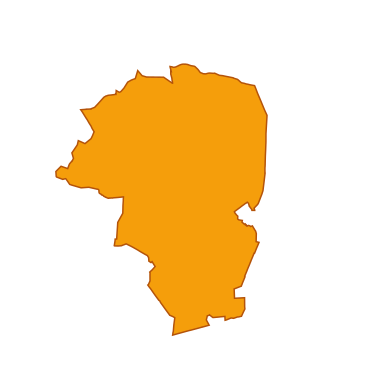 Virbu pag., Talsi, Latvia, rotated 239°
{"feature_id": "27541924B43338172506229", "entity_name": "Virbu pag.", "entity_type": "district", "adm_level": 2, "iso_a3": "LVA", "parent_name": "Latvia", "parent_adm1": "Talsi", "projection": "orthographic", "projection_center": [22.631, 57.128], "detail": "fine", "context": "isolated", "style": "filled", "palette": "amber", "viewbox_px": 384, "rotation_deg": 239, "n_neighbors": 0, "source": "geoboundaries", "source_scale": "gbopen_adm2", "svg_char_len": 5484}
<svg xmlns="http://www.w3.org/2000/svg" viewBox="0 0 384 384"><g transform="rotate(239 192 192)"><path d="M282.2,272.6L282.2,272.3L282.5,271.8L283.2,270.7L284.5,268.9L285.0,268.1L285.3,267.5L285.6,266.7L286.0,265.3L286.1,264.9L286.3,264.4L286.6,264.0L286.9,263.5L287.4,262.9L287.6,262.5L288.4,262.0L288.9,261.6L289.5,261.1L290.1,260.7L290.5,260.6L291.3,260.5L292.3,260.4L293.3,260.3L294.5,260.1L297.4,259.3L297.8,259.2L298.4,258.9L298.9,258.4L300.9,256.1L301.1,255.9L301.4,255.7L302.3,254.9L303.5,254.0L303.5,253.9L304.0,253.4L304.9,252.3L305.7,251.0L306.1,250.4L306.6,249.3L306.9,248.3L307.1,247.2L307.2,246.4L307.3,244.9L307.4,243.9L307.6,242.3L307.9,241.5L308.1,241.0L308.4,240.4L308.9,239.9L309.3,239.6L309.4,239.4L309.6,239.3L310.9,237.8L310.5,237.6L306.1,236.3L306.5,236.0L303.9,234.5L303.2,234.3L299.8,233.3L298.1,232.5L296.8,232.1L295.4,231.5L295.3,231.4L295.7,231.0L297.7,230.1L305.0,226.8L311.4,216.4L314.0,212.2L314.6,211.7L317.4,209.1L324.0,208.0L318.4,201.8L319.0,198.8L319.2,197.4L319.3,193.5L318.8,192.5L316.1,187.2L314.7,182.7L314.9,181.0L318.0,179.3L315.0,177.2L315.3,177.0L315.0,176.8L316.6,173.1L317.9,170.3L318.1,169.8L318.5,167.8L318.6,167.7L318.6,165.2L315.8,156.1L315.0,153.1L314.9,152.9L314.7,152.1L315.4,148.1L315.2,148.0L315.6,147.4L316.6,145.5L317.0,144.9L317.4,144.2L317.5,143.9L317.4,143.9L319.8,139.0L317.0,139.2L316.0,139.2L309.1,139.3L308.4,139.4L303.9,139.3L300.2,139.4L299.0,139.2L297.8,139.1L294.0,139.1L293.4,138.2L291.5,135.7L289.7,132.9L288.6,125.2L294.6,121.0L292.1,118.6L291.9,118.4L291.6,118.2L291.0,117.0L287.4,109.2L281.9,107.7L280.9,106.2L280.2,105.1L280.4,105.0L279.8,103.4L279.5,102.4L279.0,101.2L276.5,98.0L276.1,97.5L281.5,93.0L279.7,85.9L276.2,84.1L275.2,83.6L274.9,83.6L274.5,83.7L269.4,87.7L268.6,90.4L268.3,90.6L268.0,90.7L265.1,90.9L261.5,91.1L259.6,92.7L258.0,94.2L256.9,95.2L255.7,96.3L252.8,99.0L252.6,99.3L249.2,106.0L243.5,111.9L242.9,112.7L242.4,113.0L241.9,113.1L241.5,113.1L241.0,112.9L240.2,112.4L239.5,112.1L239.0,112.0L238.5,112.0L236.9,112.9L236.3,113.1L236.1,113.0L235.8,113.2L235.6,113.5L234.3,114.2L233.7,114.2L232.8,114.8L232.2,115.3L231.9,115.3L231.7,115.6L231.4,115.8L230.4,116.4L230.0,116.9L229.7,117.1L229.5,117.4L229.5,117.8L229.4,118.1L229.2,118.2L228.9,118.8L228.4,119.8L228.3,120.0L227.8,120.7L227.4,121.8L227.3,122.2L226.8,122.9L226.4,123.9L225.9,124.8L225.1,126.5L223.8,129.3L223.1,130.7L220.6,129.0L220.0,128.7L219.6,128.4L216.0,125.9L213.6,124.4L209.4,121.7L206.8,117.2L205.4,114.8L204.2,112.7L200.7,110.3L190.5,103.2L191.2,101.9L189.8,100.9L186.0,97.7L185.9,97.7L185.6,98.0L184.0,100.5L183.5,101.4L182.3,103.8L182.2,104.4L182.1,105.2L181.9,106.2L181.7,107.2L181.5,108.5L181.5,108.8L181.3,108.9L180.9,109.2L179.2,110.3L177.2,111.6L174.7,113.1L173.1,114.0L171.7,114.8L170.1,115.7L167.7,116.9L165.0,118.4L162.5,119.8L160.5,121.0L158.1,121.0L154.9,119.4L152.6,120.5L152.9,121.9L147.1,122.0L145.8,117.8L145.1,114.5L144.5,114.5L142.6,113.3L137.4,110.2L135.2,107.1L135.0,106.2L132.3,106.4L130.1,106.7L129.9,106.7L125.5,107.0L122.7,107.2L116.2,107.8L115.3,108.3L113.5,108.1L113.4,108.1L110.2,108.4L107.6,108.6L104.0,108.9L98.6,109.4L97.9,109.4L94.8,111.6L93.1,112.5L87.3,107.9L82.3,104.3L82.2,104.2L81.4,103.4L79.3,101.7L78.4,105.0L75.3,116.1L75.2,116.4L74.8,117.9L74.3,119.4L72.8,124.6L71.3,129.9L71.2,130.4L71.2,130.5L71.0,131.2L70.9,131.2L69.0,138.1L75.0,138.4L78.0,141.4L77.5,143.2L77.7,143.7L74.5,144.9L73.6,145.3L72.9,146.7L70.7,151.3L70.6,151.6L68.4,156.1L65.0,154.3L64.6,155.7L63.9,160.6L62.3,162.6L61.4,166.8L60.9,167.6L60.3,169.6L60.0,170.4L62.3,173.7L64.5,177.1L65.6,177.6L66.6,178.1L74.3,182.6L79.0,173.7L87.2,178.2L85.9,185.8L86.2,186.1L86.4,186.3L87.0,187.2L87.7,188.0L88.7,189.3L89.7,190.7L90.4,191.6L91.0,192.4L91.5,193.1L92.1,193.8L92.4,193.7L92.6,193.7L95.7,197.9L96.9,199.4L97.8,200.6L98.6,201.7L99.4,202.8L100.1,203.8L101.2,205.2L102.2,206.6L102.3,206.6L105.0,210.3L107.7,213.9L107.6,214.1L107.4,214.2L107.9,214.9L108.4,215.6L109.4,216.8L110.3,218.1L110.7,218.5L111.5,219.7L114.3,223.5L116.4,221.4L123.2,225.7L125.8,226.4L126.5,226.3L131.8,226.3L131.8,226.2L132.3,224.4L132.7,224.4L133.0,224.2L133.5,223.9L133.9,223.6L134.1,223.4L134.2,223.1L134.4,222.9L134.4,222.6L134.4,222.2L134.3,221.8L134.4,221.6L134.6,221.4L134.9,221.3L135.1,221.4L135.4,221.5L135.7,221.6L135.9,221.6L136.0,221.4L136.1,221.0L136.1,220.9L136.3,220.8L136.6,221.1L137.1,221.3L137.3,221.2L137.1,220.8L137.2,220.6L137.3,220.5L137.8,220.1L138.2,220.1L140.3,219.3L140.5,219.4L141.7,220.5L143.8,218.0L144.8,217.4L145.0,217.4L145.5,217.3L147.7,218.8L149.1,218.4L152.2,218.0L153.3,218.2L153.5,220.0L154.0,225.3L154.2,226.8L154.4,228.8L154.5,230.3L154.6,230.8L154.7,232.3L154.6,232.7L154.8,234.1L154.0,234.4L153.1,234.5L152.5,234.4L151.3,234.1L150.6,233.8L150.5,234.0L149.1,233.9L146.4,234.2L145.4,233.9L143.9,236.3L144.0,236.4L146.2,236.9L147.5,241.8L147.6,242.0L148.2,243.1L153.5,249.9L153.6,250.1L156.4,253.3L156.7,253.6L165.3,260.3L170.6,264.4L170.8,264.3L171.0,264.5L171.3,264.7L173.4,265.9L175.5,267.2L175.7,267.4L176.6,268.0L177.5,268.6L181.6,271.2L185.2,273.5L190.0,276.7L195.4,280.2L195.5,280.3L197.4,281.5L204.0,285.5L208.4,288.5L211.9,290.9L217.3,294.6L219.1,295.8L224.7,296.4L236.1,298.1L242.6,299.0L247.6,299.9L250.7,300.4L250.8,300.4L251.0,300.4L253.9,297.1L255.9,295.1L256.3,294.5L258.3,292.7L259.4,291.5L260.1,290.7L261.4,290.2L264.4,289.3L265.4,288.8L266.8,287.5L268.2,286.3L268.4,286.3L268.9,285.9L273.7,280.6L276.1,278.0L277.9,275.6L282.2,272.6Z" fill="#f59e0b" stroke="#b45309" stroke-width="1.5"/></g></svg>